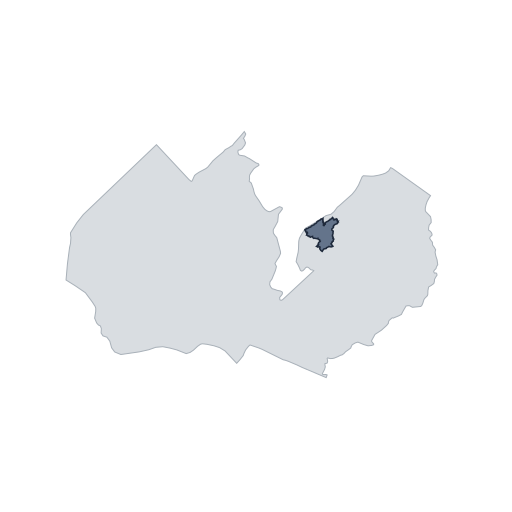 Mansa, Luapula, Zambia shown in context, rotated 47°
{"feature_id": "96606910B48291631033153", "entity_name": "Mansa", "entity_type": "district", "adm_level": 2, "iso_a3": "ZMB", "parent_name": "Zambia", "parent_adm1": "Luapula", "projection": "equal_earth", "projection_center": [28.97, -11.124], "detail": "fine", "context": "in_parent", "style": "filled", "palette": "slate", "viewbox_px": 512, "rotation_deg": 47, "n_neighbors": 0, "source": "geoboundaries", "source_scale": "gbopen_adm2", "svg_char_len": 8517}
<svg xmlns="http://www.w3.org/2000/svg" viewBox="0 0 512 512"><g transform="rotate(47 256 256)"><path d="M321.3,343.3L304.3,343.4L298.2,345.1L293.1,347.9L287.1,352.1L283.6,355.1L282.7,356.7L282.2,360.3L282.2,365.9L281.6,369.9L279.8,373.6L270.6,378.0L264.7,381.7L258.8,386.0L254.4,391.6L251.4,398.4L246.4,406.9L235.9,422.0L229.8,424.8L224.7,424.2L218.6,421.0L213.7,420.4L210.1,422.4L206.7,421.8L203.6,418.6L201.0,417.5L199.0,418.3L196.3,418.2L191.4,416.4L187.2,411.0L184.9,408.8L183.1,408.0L178.1,407.1L166.5,405.8L154.5,408.5L144.0,411.3L133.1,399.2L122.6,386.5L120.4,383.2L116.4,378.9L113.6,376.9L112.5,375.8L109.5,364.4L107.9,354.0L106.7,252.9L154.3,252.9L157.3,252.5L157.5,251.4L155.2,246.0L155.3,244.0L155.9,240.4L157.9,233.0L158.1,230.6L157.0,222.5L157.1,218.1L157.6,209.0L157.2,206.0L158.3,201.9L158.7,199.2L159.1,198.0L158.6,194.9L157.6,184.2L157.0,179.7L159.8,180.3L160.8,182.5L161.4,185.0L162.6,185.1L166.1,186.5L167.2,188.5L168.0,192.9L167.6,195.1L166.5,196.9L167.6,198.4L169.9,199.5L171.2,199.2L175.0,196.2L178.5,195.1L180.3,194.4L188.2,192.4L189.8,191.4L190.9,191.4L191.7,192.2L191.0,195.3L190.7,198.0L191.7,203.1L192.5,205.5L194.1,207.3L195.3,208.2L196.7,210.0L199.4,209.7L205.4,212.3L207.3,213.5L209.8,214.7L211.6,215.2L217.8,216.1L224.4,217.5L227.8,217.7L230.2,217.3L231.9,216.6L233.0,215.7L233.4,215.0L235.9,205.3L237.1,204.5L238.8,204.0L239.7,204.9L240.8,211.1L245.6,216.6L247.2,221.2L248.4,225.2L249.4,226.3L251.2,227.7L254.1,228.2L256.7,228.3L269.4,235.1L270.9,236.3L272.4,239.9L273.4,244.0L274.4,247.2L276.0,247.8L277.5,248.1L279.0,250.3L280.1,252.2L283.8,260.2L284.4,263.4L286.2,265.5L288.7,266.4L291.0,266.5L292.3,265.6L295.6,263.9L298.1,262.1L300.0,261.4L301.1,261.8L301.9,263.1L302.5,267.1L304.3,268.4L305.6,267.9L306.1,266.3L306.1,265.5L306.2,223.8L305.0,224.1L303.5,225.3L300.1,225.5L298.8,226.3L298.4,227.7L298.7,229.4L298.7,231.8L298.2,232.9L296.8,233.3L294.6,232.4L290.7,231.2L287.5,230.5L285.2,227.4L282.0,222.6L280.0,220.3L275.0,215.3L274.1,214.3L272.6,212.0L271.3,208.1L270.1,203.6L269.4,200.7L270.6,196.3L273.5,181.8L274.2,177.3L276.6,172.7L276.8,168.6L275.8,163.3L276.0,160.4L276.4,143.8L275.7,138.5L274.1,132.7L270.5,124.5L270.5,122.8L276.0,117.5L277.7,115.6L280.5,111.3L282.5,107.6L283.7,104.7L284.2,100.9L283.2,97.3L285.1,96.5L330.9,87.2L331.5,89.7L332.9,93.8L334.5,96.8L336.4,99.5L338.1,101.1L339.2,101.6L346.2,101.5L348.8,103.1L351.0,105.1L351.5,108.3L352.9,110.3L354.5,111.9L355.2,112.1L356.3,111.7L358.2,111.7L360.0,112.3L360.8,113.0L360.9,115.7L361.4,116.9L363.8,117.4L366.2,117.6L368.5,119.4L371.1,119.7L374.0,120.4L375.3,122.4L378.5,124.4L382.3,126.2L386.4,129.1L386.5,130.0L387.2,131.8L388.0,133.0L388.0,134.9L388.4,136.6L389.4,137.0L390.3,137.1L391.1,135.9L392.3,135.9L393.5,136.7L393.9,138.6L394.8,141.3L396.4,143.1L397.4,144.8L397.0,148.0L396.4,150.9L398.5,153.8L401.2,156.5L401.9,157.7L402.1,161.7L402.5,163.1L404.4,166.4L405.3,168.7L405.2,170.0L400.2,176.6L397.1,177.6L395.8,179.0L394.9,180.4L396.9,187.0L397.9,189.5L397.0,192.7L395.0,198.0L394.1,198.5L393.9,202.5L394.5,204.0L395.5,205.1L395.9,207.9L395.8,214.7L394.5,222.4L396.7,229.1L397.5,229.8L400.6,229.9L401.1,230.5L400.3,232.4L398.1,235.3L394.2,237.6L388.5,240.2L387.3,242.6L386.5,246.1L387.2,248.2L387.9,249.4L387.6,252.5L387.1,255.7L387.3,258.3L387.0,260.6L386.3,261.7L385.3,265.1L384.0,268.5L383.0,270.1L381.6,271.7L379.4,273.1L379.4,273.8L381.9,275.4L382.6,276.5L382.8,277.2L381.7,279.0L382.9,280.0L384.3,280.9L385.7,283.2L387.2,287.5L387.5,287.9L387.9,288.0L388.8,287.5L390.3,285.7L391.5,285.1L392.8,287.6L369.1,298.2L363.5,300.4L355.2,304.1L352.5,305.5L350.4,306.9L328.4,315.2L324.9,316.8L317.1,321.0L316.9,321.7L317.0,323.6L317.6,327.6L319.0,331.2L320.1,333.3L320.9,338.6L321.3,343.3Z" fill="#d9dde1" stroke="#a8b0b8" stroke-width="1"/><path d="M281.9,201.9L282.6,201.7L282.9,201.0L284.6,199.9L285.3,198.6L286.0,199.1L286.3,199.2L286.6,199.0L287.0,198.6L287.5,198.4L288.1,198.9L288.4,198.9L288.7,199.0L288.8,199.1L289.0,199.0L289.1,199.5L289.0,199.8L288.9,200.4L288.9,200.8L289.1,201.4L289.2,201.5L289.2,201.8L289.6,202.2L289.8,202.2L290.3,202.4L290.3,202.5L290.6,202.9L290.6,203.0L290.4,203.0L290.3,203.3L290.1,203.3L290.2,203.6L290.2,203.9L290.1,204.0L290.2,204.4L290.3,204.4L290.3,204.5L290.5,204.6L290.4,204.7L290.4,204.9L290.5,204.8L290.9,204.9L291.2,204.9L291.5,204.8L291.5,204.7L291.8,204.4L291.9,204.1L292.1,204.0L292.2,203.9L292.5,203.5L292.5,203.2L292.7,202.9L292.6,202.7L293.2,203.2L293.5,203.4L294.1,204.4L294.8,204.6L295.3,204.6L295.7,204.7L296.1,204.8L296.9,204.6L297.0,204.6L297.8,204.5L297.8,204.3L297.7,204.2L297.6,203.8L297.4,203.4L297.4,202.9L297.1,201.9L297.4,201.0L297.6,200.9L297.9,200.2L298.3,199.9L298.4,199.4L298.1,199.1L298.0,198.6L298.2,198.3L298.6,197.3L298.6,196.8L298.6,196.3L298.7,196.1L298.9,196.0L299.5,195.8L300.7,194.7L300.9,194.4L301.4,193.1L301.1,193.0L300.7,193.1L300.4,193.3L300.2,193.1L299.7,193.0L299.4,193.0L299.1,192.7L298.8,192.8L298.6,192.7L298.3,192.9L298.2,192.9L298.1,192.7L298.1,192.3L298.0,191.8L298.0,191.5L297.9,191.4L297.8,191.2L297.7,191.1L297.8,190.9L297.6,190.8L297.5,190.2L297.7,189.8L297.8,189.4L297.6,189.3L297.3,188.9L296.9,188.0L296.9,187.9L296.7,187.5L296.4,187.5L296.2,187.6L295.9,187.8L295.7,187.9L295.2,187.2L295.0,186.9L294.9,186.7L294.4,186.9L293.3,186.4L293.2,185.9L293.0,185.7L292.7,185.6L292.5,185.2L292.4,184.8L292.2,184.5L291.5,183.7L291.3,183.7L291.1,183.5L290.8,182.9L290.5,182.6L289.9,182.6L289.2,182.9L288.9,182.9L288.3,182.5L287.9,181.9L288.0,181.7L287.9,181.2L288.0,180.2L287.9,180.0L287.8,179.7L287.4,179.4L287.0,179.3L287.0,178.9L287.0,178.6L286.8,178.4L286.8,178.2L286.7,178.2L286.7,177.6L286.8,176.8L286.9,176.7L286.9,176.3L287.1,176.0L287.2,175.8L287.3,175.7L287.4,175.2L287.8,174.5L287.8,174.4L287.8,174.5L287.7,174.2L287.6,174.3L287.5,174.2L287.5,173.8L287.5,173.7L287.4,173.6L287.4,173.4L287.3,173.2L287.2,173.1L287.0,172.9L287.1,172.7L286.8,172.7L286.7,172.4L286.6,172.6L286.5,172.4L286.1,172.3L285.9,172.4L285.8,172.5L285.7,172.5L285.3,172.2L285.3,172.4L285.0,172.2L285.0,172.4L284.8,172.4L284.5,172.1L284.3,171.8L284.2,171.8L284.2,172.0L284.0,171.9L284.0,172.0L283.7,172.1L283.8,172.2L283.6,172.5L283.5,172.9L283.4,173.0L283.3,173.5L283.2,173.5L283.1,173.8L282.9,174.2L282.7,174.0L282.6,174.4L282.6,174.2L282.4,173.8L282.4,174.2L282.2,174.1L281.9,174.0L281.6,174.1L281.4,174.1L281.1,174.3L281.0,174.2L280.8,174.0L280.7,174.0L280.7,173.9L280.3,173.6L280.0,173.7L280.1,173.9L280.1,174.7L280.1,174.9L280.0,175.2L280.1,175.5L280.1,176.0L280.1,176.3L280.1,176.5L280.1,176.8L280.0,177.0L279.8,177.0L279.9,177.3L279.8,177.8L279.9,178.0L279.7,178.3L279.6,178.9L279.7,179.3L279.6,179.8L279.6,180.0L279.3,180.4L279.2,180.6L279.2,180.9L279.1,181.4L279.0,181.5L279.0,181.9L278.9,182.7L278.9,182.9L279.0,183.0L279.7,183.3L280.0,183.6L279.8,184.1L279.8,184.4L279.9,184.8L280.2,185.3L279.9,185.5L279.8,185.8L279.4,185.8L279.1,185.5L279.0,185.2L278.9,184.6L278.6,184.4L278.4,184.3L277.9,184.4L277.7,184.0L277.3,184.1L277.3,183.9L277.2,183.9L277.1,183.6L276.9,183.7L276.7,183.5L276.4,183.5L276.3,183.3L276.2,183.4L275.9,183.1L275.3,182.8L275.4,182.7L275.2,182.5L275.2,182.4L275.1,182.2L274.9,182.2L274.7,182.1L274.5,181.8L274.4,181.8L274.4,181.6L274.2,181.4L274.1,182.3L274.0,182.5L273.4,182.9L273.3,183.0L273.4,184.1L273.4,184.8L273.0,185.7L273.0,186.1L272.9,186.5L272.9,187.0L272.6,187.2L272.5,187.6L272.5,187.9L272.9,188.6L273.0,189.1L273.0,190.2L272.6,191.0L272.6,191.3L272.5,191.7L272.7,192.0L272.8,192.3L272.6,192.8L272.4,193.0L272.3,193.9L272.0,194.2L271.9,194.4L271.9,194.6L271.9,194.8L271.8,195.2L271.8,195.5L272.1,195.9L272.0,196.1L272.0,196.3L271.9,196.8L271.7,197.1L271.3,197.3L271.2,197.4L271.2,197.6L271.3,198.2L271.3,198.4L271.1,199.1L271.1,199.4L271.1,199.5L270.9,199.8L270.4,200.4L270.4,201.0L270.5,201.5L270.2,201.9L270.3,202.1L270.2,202.4L270.4,202.5L270.5,202.3L270.6,202.5L270.8,202.7L271.0,202.5L271.4,202.4L271.5,202.5L271.6,202.8L271.8,202.9L271.9,203.0L272.0,203.0L272.4,203.1L272.5,203.1L272.8,203.1L272.9,202.9L273.1,203.0L273.3,203.0L273.3,202.9L273.4,203.0L273.5,202.9L273.5,203.0L273.8,202.9L274.0,203.0L274.1,202.9L274.2,203.0L274.2,202.9L274.4,202.9L274.4,203.1L274.3,203.4L274.3,203.5L274.3,203.8L274.6,203.9L274.8,204.1L275.2,204.2L275.3,204.3L275.3,204.7L275.7,204.5L276.2,204.4L276.5,204.2L276.6,204.3L276.7,204.2L277.0,204.2L277.3,203.9L277.9,203.6L278.0,203.7L278.2,203.4L278.5,203.6L278.8,203.6L279.1,203.5L279.3,203.4L279.5,203.3L279.7,202.3L280.2,201.3L280.4,201.5L280.7,201.7L281.0,201.7L281.2,201.8L281.5,201.8L281.9,201.9Z" fill="#64748b" stroke="#1e293b" stroke-width="1.5"/></g></svg>